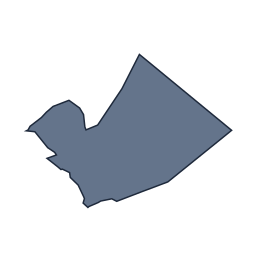 outline of Davis, Utah, United States of America, rotated 159°
{"feature_id": "52423323B15270253892889", "entity_name": "Davis", "entity_type": "district", "adm_level": 2, "iso_a3": "USA", "parent_name": "United States of America", "parent_adm1": "Utah", "projection": "orthographic", "projection_center": [-111.927, 40.961], "detail": "fine", "context": "isolated", "style": "filled", "palette": "slate", "viewbox_px": 256, "rotation_deg": 159, "n_neighbors": 0, "source": "geoboundaries", "source_scale": "gbopen_adm2", "svg_char_len": 655}
<svg xmlns="http://www.w3.org/2000/svg" viewBox="0 0 256 256"><g transform="rotate(159 128 128)"><path d="M193.9,68.2L192.6,68.7L182.4,69.1L179.7,69.6L168.5,67.7L164.8,63.6L152.1,63.6L151.1,63.6L137.7,63.6L110.1,63.4L42.8,85.2L32.1,88.7L91.0,192.6L119.6,166.8L155.3,141.6L167.9,141.3L167.9,144.4L164.7,156.5L166.0,164.0L173.2,175.0L178.7,175.0L190.2,175.0L198.5,172.0L205.1,168.8L218.8,164.7L222.0,162.0L223.9,161.8L216.3,157.9L210.0,138.4L205.2,131.6L204.5,128.5L214.5,128.7L207.8,117.5L205.5,113.3L204.0,113.1L198.5,107.3L199.6,102.5L195.0,92.6L194.0,79.6L194.0,77.7L196.8,74.0L193.9,68.2Z" fill="#64748b" stroke="#1e293b" stroke-width="1.5"/></g></svg>